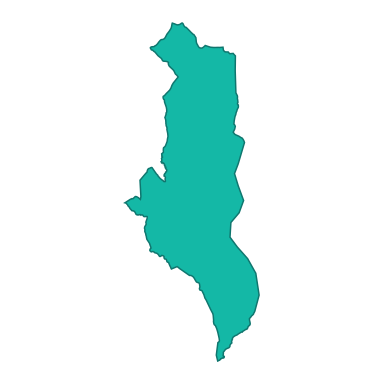 Gomoa West, Central, Ghana (Equal Earth projection)
{"feature_id": "2480657B81635079362570", "entity_name": "Gomoa West", "entity_type": "district", "adm_level": 2, "iso_a3": "GHA", "parent_name": "Ghana", "parent_adm1": "Central", "projection": "equal_earth", "projection_center": [-0.84, 5.386], "detail": "fine", "context": "isolated", "style": "filled", "palette": "teal", "viewbox_px": 384, "rotation_deg": 0, "n_neighbors": 0, "source": "geoboundaries", "source_scale": "gbopen_adm2", "svg_char_len": 5946}
<svg xmlns="http://www.w3.org/2000/svg" viewBox="0 0 384 384"><path d="M217.7,361.0L219.4,360.2L219.6,360.2L219.9,359.8L220.3,359.5L220.5,359.4L220.7,358.8L221.2,358.7L222.2,358.1L222.6,358.1L223.2,357.4L223.5,357.6L223.8,357.4L223.9,357.7L224.1,357.5L224.3,356.7L224.2,356.5L224.0,356.2L223.3,355.8L223.1,355.4L223.4,353.7L223.3,353.1L223.3,352.6L223.6,351.8L224.5,350.8L224.9,350.1L225.8,349.2L227.0,348.5L228.1,348.1L228.8,347.7L229.1,347.6L229.4,347.1L229.6,347.0L229.9,346.5L229.9,345.4L230.2,344.8L230.5,344.5L230.7,343.9L231.3,343.3L231.8,343.0L231.8,342.7L231.6,341.5L231.6,341.2L232.1,340.0L232.0,339.7L232.3,339.4L232.5,339.0L232.4,338.3L233.2,337.1L234.8,335.9L237.3,334.8L238.1,334.1L241.2,332.2L242.1,331.9L242.4,332.0L242.6,331.5L245.8,329.4L246.2,329.4L246.4,329.1L247.1,329.0L247.5,328.4L248.2,326.5L248.5,326.1L249.3,325.6L249.7,324.9L249.9,324.9L250.1,324.4L250.2,323.5L249.9,321.7L249.7,321.1L249.5,320.0L249.5,319.5L249.4,319.1L249.4,318.7L250.4,317.5L250.8,317.1L251.5,316.0L252.6,315.1L253.1,314.5L253.4,314.3L253.6,313.6L254.8,311.3L259.1,295.1L255.8,273.3L247.6,258.6L237.3,247.0L230.0,237.2L230.9,222.5L239.1,212.8L243.6,200.5L238.2,185.8L234.5,173.6L238.2,163.8L244.5,142.5L243.7,140.4L242.9,139.1L242.3,138.2L240.9,137.5L238.9,136.2L235.7,134.8L235.0,134.4L234.6,134.1L233.2,132.2L234.7,129.1L235.3,126.3L234.4,124.5L233.9,124.1L234.2,120.9L235.0,116.5L235.7,114.8L236.2,112.4L236.8,111.1L237.2,109.5L237.9,108.2L238.3,107.3L238.4,106.5L238.3,105.1L238.0,105.0L237.9,104.5L237.5,104.1L237.5,103.1L238.0,102.1L237.8,101.5L237.7,99.9L237.4,98.8L237.5,96.7L237.4,95.9L235.9,92.8L235.2,70.6L235.4,55.9L233.8,54.2L233.2,53.4L229.8,53.7L229.0,53.0L228.3,52.0L225.2,51.9L224.3,51.3L223.4,50.1L223.0,47.2L219.2,47.5L219.1,47.4L213.9,47.5L210.4,47.2L205.2,45.5L204.9,45.9L203.4,47.2L202.2,48.0L200.8,48.1L199.2,47.6L198.2,46.2L197.3,44.4L196.7,43.5L196.3,41.8L195.9,37.7L193.9,34.6L193.4,34.5L191.1,32.4L189.5,30.7L186.6,27.8L186.0,27.3L185.4,27.3L185.0,27.0L184.5,26.5L183.8,25.5L183.3,24.3L182.9,23.5L182.2,23.0L181.5,23.2L180.3,24.1L179.2,24.6L177.6,24.9L176.3,24.6L174.7,23.9L172.3,23.1L172.1,23.6L171.5,26.8L171.0,28.4L169.1,31.4L167.0,34.1L165.1,37.7L164.1,38.8L163.1,39.4L161.4,39.6L160.8,39.9L160.5,40.1L158.9,41.9L158.3,42.6L157.9,43.4L156.4,45.0L155.9,45.4L154.7,46.0L154.1,46.6L151.7,46.8L150.6,47.3L150.3,47.9L151.4,49.9L152.7,50.2L153.8,51.3L155.0,52.1L158.0,55.7L161.2,58.3L161.7,58.9L162.3,60.2L162.9,60.9L163.2,61.1L163.7,61.2L166.1,61.4L167.5,61.8L168.3,62.3L168.5,62.5L168.3,63.3L168.3,63.8L168.5,64.5L168.7,65.1L169.5,66.5L170.1,66.8L170.2,67.1L173.0,69.7L174.0,71.0L175.3,73.8L175.6,74.2L176.7,75.1L178.1,76.9L177.8,77.5L177.0,78.4L173.3,83.0L172.0,85.2L170.9,88.1L169.7,90.1L166.2,93.6L164.4,95.7L163.7,96.0L163.2,96.4L163.1,97.0L163.1,97.9L163.6,99.2L164.3,99.7L164.6,102.3L165.2,104.0L166.3,107.2L166.7,109.6L166.7,112.0L166.0,113.1L166.2,114.1L165.8,114.9L165.3,116.6L164.9,117.4L165.7,119.9L165.9,122.5L165.9,123.7L166.1,124.5L166.1,125.3L166.3,126.1L166.7,126.9L166.9,127.5L167.0,128.4L166.9,129.5L167.7,133.4L168.0,136.4L167.4,139.2L167.2,141.2L166.0,144.5L165.3,146.1L164.6,146.9L163.6,147.7L163.5,148.0L163.4,148.5L163.3,150.1L163.4,152.3L161.7,153.8L161.9,154.3L161.9,154.5L161.7,154.8L161.9,155.4L161.8,156.0L162.1,156.1L162.0,156.7L162.5,157.1L162.4,157.3L161.9,157.6L161.9,157.9L161.5,158.4L161.8,159.8L161.7,161.3L161.1,161.6L161.6,162.9L162.6,162.6L163.0,162.7L163.1,163.1L163.1,163.5L163.9,163.5L164.0,163.5L164.7,165.0L164.5,165.6L165.1,166.0L165.0,166.4L165.1,166.8L165.8,167.2L165.8,167.4L165.3,167.8L165.5,168.2L165.8,168.5L166.1,169.2L166.2,169.3L166.5,169.4L166.7,169.8L166.8,170.2L166.5,171.5L166.2,171.9L165.6,172.1L165.4,173.1L165.2,173.4L164.6,173.8L164.5,174.3L164.2,174.6L164.4,175.2L164.4,175.4L164.0,175.9L164.1,176.1L164.7,176.2L164.9,176.4L165.4,177.4L165.4,177.7L165.1,178.9L165.2,179.5L165.1,180.1L165.4,180.7L165.4,181.4L165.2,181.6L164.3,181.6L163.6,181.4L162.9,180.4L162.2,180.1L160.2,178.5L157.9,175.8L157.8,175.3L156.2,173.7L155.4,172.4L155.2,172.2L152.1,167.7L151.8,167.5L151.0,167.6L149.6,168.3L148.8,168.5L148.2,168.9L147.6,169.8L147.4,170.4L146.9,172.3L146.0,173.1L140.0,180.2L140.9,196.6L140.4,199.4L138.5,197.8L137.2,197.0L136.6,196.7L135.8,196.5L135.2,196.6L133.0,198.7L132.8,198.7L131.9,198.6L131.2,199.1L130.7,199.1L124.9,202.8L125.6,203.0L126.1,203.2L126.7,203.9L127.5,204.7L128.1,206.0L129.0,206.8L130.2,208.8L131.2,209.8L131.6,210.5L132.0,210.7L132.4,210.7L133.0,210.9L133.7,210.9L134.5,211.7L134.8,211.9L135.3,212.7L135.9,214.1L136.3,214.5L136.9,214.7L137.2,215.0L138.0,214.7L138.7,215.0L140.0,214.5L140.5,214.8L140.8,215.1L141.0,214.9L142.4,215.0L143.0,215.3L143.2,215.6L143.5,216.2L143.8,216.5L144.2,216.5L144.8,216.7L146.0,216.4L147.2,216.6L147.2,218.1L147.1,218.5L145.9,222.1L145.9,222.5L146.2,224.2L144.8,226.7L144.6,227.2L144.5,228.4L144.9,229.4L144.8,231.4L145.0,232.0L145.7,233.7L145.9,235.1L146.2,236.0L146.8,239.1L147.2,239.8L149.5,243.3L149.9,244.6L150.6,246.6L151.0,248.1L150.0,249.2L149.9,250.7L151.2,251.9L152.8,251.5L153.8,251.8L154.1,252.1L154.4,252.5L154.9,252.8L156.1,253.1L156.9,253.3L158.2,254.4L158.9,255.4L159.5,256.4L160.6,256.4L161.7,255.4L162.6,255.6L163.5,255.9L164.1,256.6L164.0,257.6L164.3,258.5L164.7,259.0L165.3,259.0L166.3,259.4L167.0,261.7L167.3,262.0L168.1,262.3L168.6,262.6L169.7,265.4L170.8,267.6L171.1,268.6L171.4,269.0L177.1,266.6L178.7,267.7L179.1,268.2L189.4,275.4L191.2,275.5L192.8,276.5L193.6,277.3L194.2,278.2L195.6,280.7L196.4,281.9L196.7,282.1L197.5,282.5L198.3,282.6L198.6,282.7L199.2,283.4L199.5,284.0L199.9,287.0L199.6,287.8L199.4,288.9L200.1,290.2L200.7,290.2L201.9,290.6L203.9,294.7L204.9,298.0L206.2,300.1L210.6,309.4L212.8,313.6L213.2,315.4L213.6,320.2L213.5,321.2L213.5,321.8L213.9,323.9L214.2,324.5L214.4,324.8L215.4,325.6L216.7,328.6L217.8,332.3L219.1,338.1L219.4,340.4L219.4,340.9L219.2,341.4L219.0,341.7L217.9,342.6L216.3,355.1L217.7,361.0Z" fill="#14b8a6" stroke="#0f766e" stroke-width="1.5"/></svg>